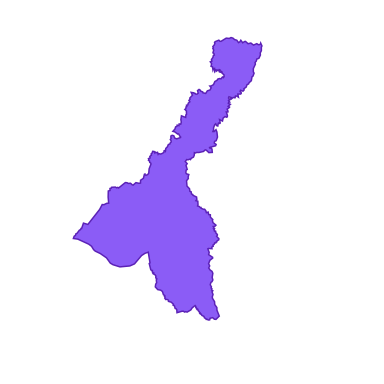 outline of Kosamphi Nakhon, Kamphaeng Phet, Thailand, rotated 154°
{"feature_id": "78962969B49200867447191", "entity_name": "Kosamphi Nakhon", "entity_type": "district", "adm_level": 2, "iso_a3": "THA", "parent_name": "Thailand", "parent_adm1": "Kamphaeng Phet", "projection": "robinson", "projection_center": [99.226, 16.58], "detail": "fine", "context": "isolated", "style": "filled", "palette": "violet", "viewbox_px": 384, "rotation_deg": 154, "n_neighbors": 0, "source": "geoboundaries", "source_scale": "gbopen_adm2", "svg_char_len": 6074}
<svg xmlns="http://www.w3.org/2000/svg" viewBox="0 0 384 384"><g transform="rotate(154 192 192)"><path d="M182.6,254.9L181.2,253.7L179.5,250.4L179.0,250.5L178.5,249.8L178.5,247.7L178.1,246.5L178.4,246.0L182.5,246.5L183.9,248.1L183.7,250.5L184.7,251.5L186.0,251.8L187.0,250.7L187.1,249.5L188.5,248.7L188.3,247.0L188.8,246.1L190.0,245.7L190.7,244.9L192.5,245.0L194.3,243.4L196.4,242.7L197.9,240.5L198.0,241.2L199.0,241.3L200.0,239.9L202.1,239.7L203.6,239.9L205.2,241.2L205.9,240.8L205.6,242.8L207.2,243.1L207.6,244.1L208.3,243.6L208.4,245.1L209.5,245.8L211.1,244.3L212.1,244.1L212.3,242.9L214.3,242.5L214.7,241.0L216.5,241.1L216.7,239.8L217.2,239.5L216.6,238.5L217.0,237.2L216.4,236.0L216.6,235.1L220.4,231.6L222.6,227.9L224.2,227.1L226.0,227.2L226.6,227.9L226.4,228.8L227.0,228.8L229.7,225.6L233.1,225.1L234.4,222.6L235.9,223.1L238.3,225.0L241.9,224.0L242.6,224.7L243.4,226.8L245.6,227.7L246.3,228.8L247.8,229.7L256.2,227.8L256.7,228.7L257.8,228.7L258.7,230.0L261.5,231.2L262.3,231.5L263.1,230.8L264.2,231.1L265.0,229.3L266.8,229.6L269.6,224.2L271.8,218.5L273.6,219.2L276.7,219.2L278.2,220.1L282.7,216.8L299.8,208.5L303.2,211.6L307.2,207.6L307.6,207.9L308.9,207.0L309.9,207.1L313.6,205.2L314.7,205.3L315.8,204.1L317.3,203.9L319.0,202.2L315.3,199.7L307.7,190.4L306.1,187.3L305.7,183.3L304.9,181.3L301.4,176.9L297.7,170.3L296.6,163.9L294.9,161.3L289.6,156.3L280.3,152.8L275.2,152.6L265.2,157.0L261.1,157.5L257.7,157.1L260.8,146.7L261.8,146.5L263.1,140.3L262.8,139.1L262.0,138.8L262.7,137.2L261.9,136.0L262.8,135.7L261.4,133.5L261.3,132.4L262.2,130.7L261.7,129.3L262.6,128.7L263.6,125.9L265.0,125.1L266.6,122.8L265.6,119.3L263.2,117.5L262.2,115.6L262.7,112.2L261.9,110.9L262.5,110.4L262.2,109.3L263.0,108.6L262.8,106.9L261.8,106.6L260.9,105.7L260.7,104.7L261.1,104.0L259.0,102.1L257.9,99.2L258.6,98.6L257.7,97.3L258.2,94.7L257.5,94.1L257.3,92.8L258.4,90.1L253.3,89.2L251.9,88.5L251.4,87.4L250.2,87.2L249.0,86.2L244.8,86.5L242.6,87.8L239.0,88.6L238.7,87.6L239.2,86.7L238.8,85.9L239.2,85.3L239.0,84.5L238.4,84.4L238.7,83.8L238.3,83.6L238.4,82.3L237.9,81.3L238.2,80.1L237.8,80.2L237.6,79.5L237.9,78.6L237.3,78.3L237.2,76.7L235.8,75.0L236.0,73.5L235.0,72.0L235.1,71.3L234.0,70.8L233.6,69.9L232.2,69.3L231.1,70.6L228.5,70.0L227.7,67.9L226.3,67.0L221.9,68.5L221.4,74.8L220.3,77.3L220.9,80.9L219.8,83.5L220.2,87.6L219.7,88.9L218.0,90.7L217.8,93.5L216.6,94.1L217.4,95.3L216.5,96.3L216.9,97.4L216.1,98.3L216.3,100.6L214.6,102.5L213.4,102.6L211.8,103.8L211.3,106.4L208.9,109.8L208.8,111.9L209.9,113.9L210.3,116.4L208.5,117.8L208.5,120.3L205.8,122.8L202.4,123.5L202.1,124.3L204.5,128.4L203.0,130.2L202.7,134.0L202.1,134.1L198.9,132.3L198.7,133.2L197.8,134.0L196.8,133.9L196.4,135.1L195.1,135.2L194.0,136.3L193.0,135.8L192.4,136.4L191.8,136.2L190.8,137.1L188.9,137.3L188.3,138.2L189.3,141.4L188.2,142.0L187.8,142.8L188.5,144.5L188.0,146.3L188.7,146.5L189.0,147.3L188.5,147.7L188.8,148.6L187.8,149.2L188.6,150.1L187.7,150.8L187.9,151.6L186.6,151.1L185.0,151.7L186.6,155.3L186.1,157.5L185.4,158.1L186.5,161.3L185.5,163.5L186.9,164.4L186.3,166.9L188.1,167.1L187.8,169.2L188.2,171.0L189.1,171.3L190.8,173.2L190.7,174.1L191.3,174.2L191.8,175.7L193.1,177.0L192.2,177.9L190.8,181.2L192.3,182.5L190.9,183.2L190.1,185.5L192.6,188.6L192.4,189.4L193.3,190.4L192.7,192.7L193.6,193.5L192.8,196.0L193.9,199.5L192.0,204.5L189.4,205.7L188.9,207.2L187.2,209.1L189.0,210.8L189.1,212.0L187.7,214.2L186.4,214.4L185.7,218.6L183.9,219.6L184.7,222.3L182.5,223.5L181.5,222.7L179.5,222.5L179.1,221.8L178.0,222.6L175.4,222.7L173.9,224.0L172.6,226.3L172.0,225.6L170.4,225.5L168.5,224.5L163.9,223.4L161.6,224.1L160.8,223.3L159.6,220.0L156.4,218.7L155.2,221.8L155.5,222.8L156.8,223.8L156.7,224.3L150.5,223.2L149.4,224.2L150.5,226.1L150.0,227.1L149.3,227.6L147.8,227.5L145.0,230.2L143.3,235.0L143.1,237.5L145.6,236.6L146.7,237.2L145.4,238.3L144.5,240.2L142.1,242.5L140.8,242.9L140.8,240.9L139.9,240.0L138.2,242.3L137.5,242.3L137.0,241.4L136.4,241.6L135.5,245.0L133.5,242.4L131.6,244.8L129.3,245.3L128.2,244.1L127.3,244.1L126.6,245.3L126.1,248.9L124.6,248.2L124.2,248.9L124.1,251.1L121.2,251.6L121.0,251.9L121.9,253.2L119.1,254.0L120.5,255.7L119.7,256.6L118.7,256.3L119.0,258.3L117.6,258.3L118.0,260.5L117.0,261.4L115.2,259.6L115.3,259.1L116.5,258.9L116.1,258.3L113.5,258.9L112.1,257.8L111.2,258.5L111.2,259.1L110.8,259.2L109.6,258.5L108.7,256.9L107.9,259.9L105.3,258.7L104.5,259.1L104.2,259.9L104.7,261.3L103.8,262.2L102.0,260.3L100.4,260.9L100.0,262.1L97.4,262.5L95.4,264.4L93.8,264.3L92.8,265.2L89.9,266.0L87.6,269.2L86.4,269.4L84.1,271.6L84.2,273.1L82.8,276.0L79.0,279.1L78.5,280.8L76.8,281.5L75.5,283.1L73.3,282.8L70.5,285.1L69.7,287.1L67.7,288.6L66.2,291.7L65.1,292.6L65.0,295.7L65.7,294.9L66.8,294.9L67.9,295.4L68.7,296.9L72.3,297.1L73.8,300.1L76.6,300.7L77.9,303.9L78.8,304.2L81.0,303.9L81.6,307.0L83.3,305.9L84.7,305.9L85.2,308.8L86.9,310.3L87.7,312.3L89.2,313.7L91.2,313.7L93.8,315.3L99.9,314.7L100.8,315.2L101.3,316.7L105.3,317.0L106.2,316.5L106.2,315.7L107.5,314.4L109.5,313.6L109.6,312.2L110.3,312.0L110.3,310.0L112.2,307.9L111.6,307.0L111.9,305.3L113.0,305.3L114.3,303.7L116.4,302.6L116.8,300.9L118.5,301.0L118.1,298.8L119.8,296.6L118.7,295.4L119.7,292.4L118.4,293.5L117.5,293.2L118.7,290.5L117.1,291.4L116.0,290.6L116.6,290.0L115.3,290.2L114.8,289.2L113.9,290.1L113.4,289.7L113.3,289.0L114.4,288.7L114.7,287.9L113.6,287.0L112.8,287.4L112.4,286.6L112.9,285.6L111.9,283.4L112.6,281.5L113.4,281.7L113.7,281.2L114.3,282.0L116.3,281.0L117.5,281.9L119.2,282.2L120.6,281.4L123.0,281.3L125.6,279.1L128.3,278.9L129.5,279.4L129.1,277.2L131.1,275.8L133.8,276.2L136.5,274.6L138.7,276.4L138.5,277.3L139.9,278.7L139.9,279.8L140.7,281.1L142.6,280.7L143.1,278.1L144.6,277.8L145.6,278.2L146.0,279.3L146.8,279.6L146.8,280.3L149.1,281.9L149.2,278.8L152.8,277.4L153.1,276.2L154.6,275.7L154.4,274.0L156.4,273.5L157.6,272.1L158.9,272.4L159.2,271.1L159.9,271.2L161.2,269.5L162.2,269.4L161.5,267.3L162.9,264.2L163.7,264.0L165.0,261.8L168.1,265.1L170.3,261.9L171.0,259.5L172.4,257.9L173.7,258.8L174.7,257.4L176.0,258.6L176.7,257.7L178.2,257.7L179.7,256.1L182.6,254.9Z" fill="#8b5cf6" stroke="#5b21b6" stroke-width="1.5"/></g></svg>